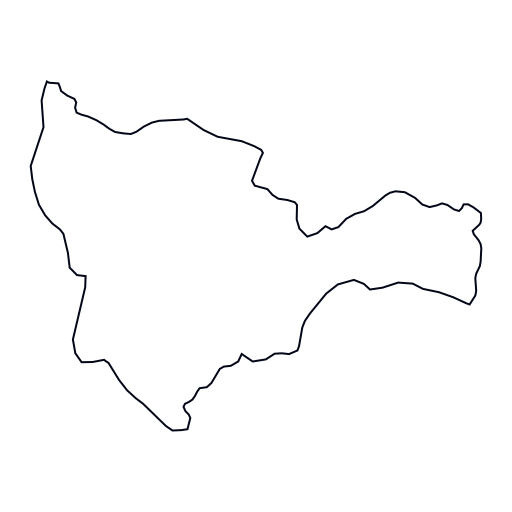 SVG path tracing the border of Tuy
{"feature_id": "BFA-2834", "entity_name": "Tuy", "entity_type": "Province", "adm_level": 1, "iso_a3": "BFA", "parent_name": "Burkina Faso", "parent_adm1": "", "projection": "mercator", "projection_center": [-3.419, 11.41], "detail": "fine", "context": "isolated", "style": "outline", "palette": "ink", "viewbox_px": 512, "rotation_deg": 0, "n_neighbors": 0, "source": "natural_earth", "source_scale": "10m", "svg_char_len": 1922}
<svg xmlns="http://www.w3.org/2000/svg" viewBox="0 0 512 512"><path d="M187.2,118.8L203.4,129.9L217.7,136.8L241.7,141.2L254.3,146.2L261.2,149.9L262.9,152.9L260.4,158.1L252.0,180.8L254.8,185.7L267.4,189.1L272.5,194.9L278.3,198.7L287.3,200.0L294.7,202.2L297.0,205.0L296.7,219.5L299.4,228.6L307.3,236.6L317.4,233.1L325.5,226.2L331.6,229.4L338.4,227.1L346.2,218.8L355.0,213.9L364.1,211.2L372.8,206.0L385.4,195.5L389.9,192.8L395.4,191.3L404.8,192.2L415.1,197.9L422.3,204.5L429.6,207.1L436.8,205.4L442.0,203.4L447.5,205.0L453.9,209.4L459.0,211.0L461.8,208.2L463.6,204.4L468.0,204.3L473.4,207.3L480.9,213.0L481.2,218.9L480.6,222.7L479.2,224.8L472.7,230.8L473.8,234.2L478.7,240.4L480.6,244.1L481.3,248.2L480.6,261.9L479.8,266.2L476.2,273.7L475.3,278.1L476.2,290.9L475.3,295.6L469.6,304.5L466.1,303.2L453.1,297.2L438.9,292.2L423.0,288.9L412.7,283.6L398.2,282.6L382.4,287.7L370.0,289.5L363.9,283.9L353.9,279.9L337.9,284.4L326.2,293.6L310.1,313.3L304.9,320.9L302.3,327.5L299.0,346.3L297.4,350.5L289.0,354.1L282.0,353.3L274.6,353.7L265.8,359.4L252.7,361.5L241.7,354.0L238.2,361.5L230.8,365.8L223.8,366.6L219.8,368.9L211.4,383.0L206.8,387.2L199.6,388.2L197.2,391.6L195.0,395.9L192.5,399.5L189.0,401.9L185.0,403.8L183.5,406.8L185.4,411.1L188.8,414.6L190.3,418.0L187.5,429.2L181.6,430.1L172.5,430.5L165.9,426.0L143.1,403.8L135.5,398.0L127.1,390.3L119.0,379.9L108.5,362.9L105.7,361.1L104.1,359.8L92.7,362.0L81.6,362.2L75.3,353.2L72.9,339.5L85.2,287.3L85.6,276.1L77.0,275.1L69.7,267.7L67.9,252.8L63.4,233.8L59.9,229.4L52.2,223.4L45.2,215.4L38.9,204.7L34.9,191.8L32.3,179.3L30.7,166.0L43.5,127.2L41.6,100.4L44.5,88.4L46.9,81.5L49.0,82.7L58.4,83.4L59.9,87.1L61.1,91.1L67.3,95.6L74.4,98.9L76.2,102.4L75.1,107.8L76.6,112.6L81.5,114.7L88.1,116.5L96.6,120.3L103.8,124.7L109.4,128.8L115.1,132.0L123.6,133.4L130.9,134.0L136.5,131.7L143.8,126.6L151.9,122.6L159.1,120.8L183.4,119.5L187.2,118.8Z" fill="none" stroke="#020617" stroke-width="2"/></svg>